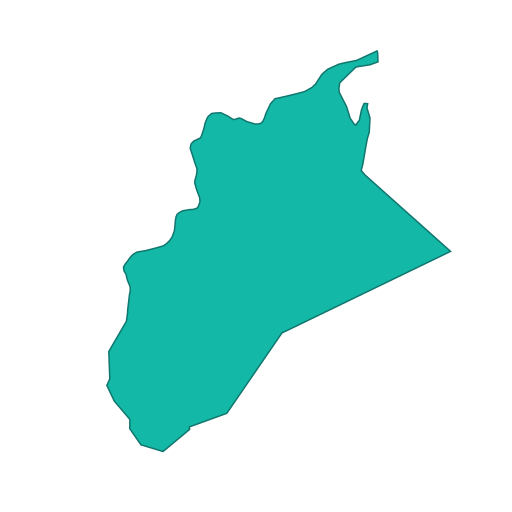 Deville, Soufrière, Saint Lucia (orthographic projection), rotated 160°
{"feature_id": "8701671B65041139962090", "entity_name": "Deville", "entity_type": "district", "adm_level": 2, "iso_a3": "LCA", "parent_name": "Saint Lucia", "parent_adm1": "Soufrière", "projection": "orthographic", "projection_center": [-61.051, 13.814], "detail": "fine", "context": "isolated", "style": "filled", "palette": "teal", "viewbox_px": 512, "rotation_deg": 160, "n_neighbors": 0, "source": "geoboundaries", "source_scale": "gbopen_adm2", "svg_char_len": 2003}
<svg xmlns="http://www.w3.org/2000/svg" viewBox="0 0 512 512"><g transform="rotate(160 256 256)"><path d="M83.8,406.3L94.7,405.4L98.7,406.0L106.9,407.3L112.6,407.9L114.0,407.8L115.1,407.7L124.7,407.0L132.0,404.2L141.1,397.3L145.9,395.2L154.1,393.9L161.2,394.5L173.0,395.8L182.4,397.0L184.2,397.3L190.2,394.2L198.1,386.4L200.6,383.1L203.6,380.1L206.1,379.0L208.4,379.2L211.7,380.3L218.7,385.5L222.7,390.0L224.4,391.4L229.8,391.6L230.9,392.3L234.7,397.2L240.0,402.6L245.0,404.2L249.0,405.1L253.2,403.5L254.8,402.2L258.1,398.6L261.4,393.6L265.6,388.2L267.7,386.0L275.1,385.3L278.4,383.7L279.0,383.0L279.4,382.4L281.0,379.7L281.3,370.4L281.4,369.5L281.4,368.3L281.6,365.3L281.6,358.3L282.7,355.3L284.2,352.6L287.4,348.1L288.6,345.7L289.0,340.3L289.1,338.0L289.1,335.9L289.0,329.9L290.1,326.1L293.2,322.4L295.0,321.1L299.3,321.3L302.8,322.4L309.7,323.6L312.8,323.1L315.8,322.2L317.7,320.2L319.6,317.0L321.3,313.2L321.9,311.9L322.6,310.5L324.1,307.6L326.2,305.1L328.1,302.8L331.7,300.1L333.3,299.4L335.6,298.3L338.1,297.6L339.6,297.2L346.6,297.7L358.1,298.8L363.7,299.9L366.7,300.4L371.2,299.5L375.2,297.4L377.7,295.6L381.3,293.4L384.2,291.1L384.4,290.4L384.9,288.4L385.0,287.8L385.1,287.1L384.8,285.5L384.4,283.3L385.1,277.8L384.8,270.0L385.2,268.8L386.0,266.6L387.4,264.1L387.9,263.4L395.3,248.7L395.8,247.2L400.1,239.0L427.0,216.6L435.4,190.6L440.4,185.4L438.8,168.1L430.4,145.6L433.7,136.9L428.7,117.9L410.2,104.1L377.6,115.8L377.2,118.2L337.2,118.2L257.7,175.0L257.1,174.9L71.6,193.8L125.9,294.9L127.9,300.4L124.1,305.9L115.6,320.8L111.2,328.3L107.3,333.5L101.7,346.6L101.1,357.1L99.4,360.2L99.0,360.9L99.6,361.2L101.5,362.2L102.6,362.1L105.0,359.4L107.0,357.1L111.8,349.3L112.4,348.3L117.5,344.9L118.0,345.6L118.8,346.8L119.6,350.2L120.4,353.2L120.2,357.2L119.8,365.3L121.3,377.4L121.8,381.1L120.9,384.6L120.6,385.5L118.7,388.9L118.1,390.1L99.3,398.6L97.2,399.4L83.5,396.7L81.0,396.7L75.0,396.7L72.2,405.3L72.1,407.3L78.9,406.7L83.8,406.3Z" fill="#14b8a6" stroke="#0f766e" stroke-width="1.5"/></g></svg>